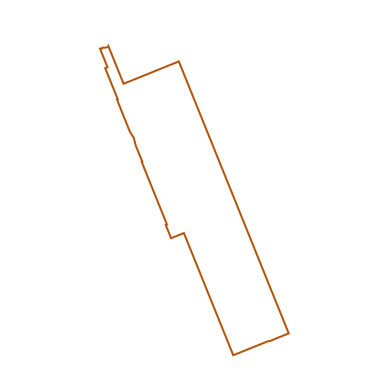 Navajo, Arizona, United States of America (Mercator projection), rotated 158°
{"feature_id": "52423323B83526967033235", "entity_name": "Navajo", "entity_type": "district", "adm_level": 2, "iso_a3": "USA", "parent_name": "United States of America", "parent_adm1": "Arizona", "projection": "mercator", "projection_center": [-110.189, 35.286], "detail": "fine", "context": "isolated", "style": "outline", "palette": "amber", "viewbox_px": 384, "rotation_deg": 158, "n_neighbors": 0, "source": "geoboundaries", "source_scale": "gbopen_adm2", "svg_char_len": 636}
<svg xmlns="http://www.w3.org/2000/svg" viewBox="0 0 384 384"><g transform="rotate(158 192 192)"><path d="M155.3,24.7L155.3,53.5L155.3,215.3L155.3,248.6L155.3,248.9L155.3,291.0L155.3,292.6L155.3,318.0L214.9,318.0L214.9,358.5L215.3,358.0L218.0,358.2L221.1,359.4L221.6,358.7L223.6,359.4L223.6,339.3L226.1,339.3L226.1,305.9L226.9,305.9L227.0,290.8L227.0,272.5L227.0,271.1L225.7,264.2L226.8,255.7L226.7,238.8L227.3,238.8L227.4,224.8L227.4,205.0L227.4,171.2L228.7,171.2L228.7,157.0L214.9,157.0L214.9,25.2L213.2,25.2L177.6,25.2L175.9,24.7L175.2,24.6L167.3,24.7L165.2,24.7L155.3,24.7Z" fill="none" stroke="#b45309" stroke-width="2"/></g></svg>